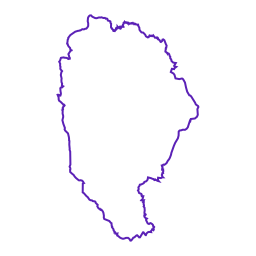 outline of Enrekang, Sulawesi Selatan, Indonesia
{"feature_id": "22746128B73854324401708", "entity_name": "Enrekang", "entity_type": "district", "adm_level": 2, "iso_a3": "IDN", "parent_name": "Indonesia", "parent_adm1": "Sulawesi Selatan", "projection": "robinson", "projection_center": [119.876, -3.532], "detail": "fine", "context": "isolated", "style": "outline", "palette": "violet", "viewbox_px": 256, "rotation_deg": 0, "n_neighbors": 0, "source": "geoboundaries", "source_scale": "gbopen_adm2", "svg_char_len": 5710}
<svg xmlns="http://www.w3.org/2000/svg" viewBox="0 0 256 256"><path d="M176.2,66.9L174.6,66.5L174.1,65.9L175.8,63.0L173.2,62.6L171.5,61.0L171.2,59.4L170.3,58.4L170.2,57.7L170.3,56.8L169.7,56.0L169.2,54.3L168.8,53.7L168.1,53.6L167.8,53.3L167.6,53.6L167.4,52.9L166.7,52.8L166.2,52.1L165.4,51.6L165.6,49.8L165.9,49.1L165.7,48.3L165.9,47.7L166.3,47.6L166.6,45.5L166.0,44.5L164.4,40.3L163.3,39.4L162.5,39.6L162.1,41.0L160.9,42.0L160.6,41.9L159.6,40.2L159.0,39.7L158.2,39.4L157.8,38.6L158.0,38.3L157.8,37.9L157.3,37.9L157.1,37.5L156.8,37.6L156.8,38.0L156.4,37.6L156.1,37.8L155.4,37.6L155.0,37.7L153.2,35.3L152.5,36.1L151.6,35.7L151.3,36.0L150.8,35.7L150.4,36.0L149.5,35.5L148.7,37.1L148.1,37.1L147.8,37.4L147.4,37.2L145.9,36.3L145.2,34.7L143.2,32.6L141.5,32.4L140.4,31.1L139.5,29.8L139.3,27.6L138.5,26.3L138.1,24.7L137.4,24.9L136.8,24.4L135.8,24.4L135.4,23.9L134.4,24.2L134.3,23.7L133.8,23.9L132.9,22.9L132.2,23.5L132.0,23.1L131.7,23.0L130.7,23.3L130.5,23.6L129.8,23.5L129.2,23.9L129.2,23.4L128.8,23.0L128.4,22.9L128.0,23.2L127.7,22.5L127.4,22.6L127.3,23.2L126.5,22.7L126.0,22.8L125.8,22.2L124.8,22.4L124.5,21.9L124.2,22.4L123.6,22.9L123.8,23.5L122.9,24.7L122.9,25.3L122.6,25.7L123.2,26.1L123.5,26.8L123.1,26.9L122.6,26.5L120.8,26.7L121.2,27.7L120.6,28.6L120.1,28.3L119.8,27.4L119.3,28.1L118.6,27.5L118.5,27.1L117.8,27.1L117.5,26.7L117.5,27.4L117.8,27.7L118.2,27.5L118.0,27.9L117.5,28.2L117.2,27.6L117.0,27.9L117.1,28.6L116.7,28.7L116.7,28.0L116.3,27.9L115.9,28.4L116.0,29.7L115.3,29.9L114.8,31.1L113.8,31.0L113.8,30.3L113.4,30.3L113.5,30.0L112.6,29.4L112.0,28.4L111.7,28.5L111.0,27.2L111.1,23.6L110.4,22.8L110.4,21.5L109.9,21.1L107.8,20.5L107.4,19.0L107.1,18.7L106.3,18.5L105.8,18.7L104.9,17.9L103.5,18.0L101.3,17.3L100.1,17.6L99.1,17.4L96.7,18.2L95.2,18.1L92.3,16.7L91.1,15.4L90.7,15.4L90.0,15.4L89.3,15.9L88.7,16.5L88.0,17.9L87.7,21.2L88.2,23.2L88.2,25.9L87.6,27.1L86.4,28.6L85.1,28.8L83.9,29.4L82.6,29.2L81.9,29.4L80.5,30.4L79.8,30.4L78.9,30.8L78.1,30.8L75.2,31.7L70.3,35.1L68.2,37.9L68.3,38.7L67.7,39.7L67.5,41.8L67.1,43.7L67.8,44.2L67.9,45.1L68.6,46.4L70.1,48.0L70.6,50.7L72.5,50.0L70.5,50.8L68.4,54.1L69.0,55.8L69.2,57.0L69.8,57.9L69.8,58.7L68.3,59.0L66.9,57.9L64.2,57.7L63.8,57.4L61.5,57.7L60.9,57.9L60.0,60.7L59.2,61.7L60.2,63.7L60.1,65.2L60.2,66.2L60.5,66.8L60.3,68.4L60.5,69.3L62.1,71.1L61.4,72.1L60.8,75.0L61.6,78.4L61.4,80.1L61.5,82.1L62.1,83.6L61.9,85.6L62.2,86.3L62.8,86.1L63.2,86.3L62.1,87.4L60.7,87.6L60.3,88.3L60.5,91.2L60.9,93.3L60.8,94.4L60.4,95.6L59.8,95.6L59.1,95.0L58.0,94.7L57.6,94.8L58.6,97.3L58.7,99.6L59.1,100.7L60.6,101.8L63.1,104.3L64.0,104.6L64.6,105.4L64.2,106.0L63.3,106.4L63.3,107.1L62.6,108.1L63.1,109.1L62.8,109.9L62.4,110.1L62.7,110.4L62.6,113.7L63.1,115.4L63.2,117.0L62.4,120.2L63.4,124.0L64.9,128.0L64.6,129.4L65.2,130.6L68.0,133.4L68.9,137.2L69.1,139.2L69.0,140.2L69.4,140.9L69.3,144.6L69.7,148.9L69.6,149.8L70.2,151.5L70.4,164.6L69.6,166.7L70.3,168.1L70.4,169.2L70.1,169.6L70.2,172.0L72.3,173.9L73.6,174.9L74.7,176.6L76.1,178.1L78.8,180.3L79.9,180.4L80.6,180.2L81.6,180.5L82.2,180.7L83.2,181.8L83.5,182.7L83.9,183.1L82.8,183.6L82.7,192.4L83.9,193.2L86.6,196.3L87.6,197.0L89.4,199.6L90.5,200.2L92.0,200.4L92.8,201.1L94.9,201.4L95.4,201.8L95.7,202.9L97.7,204.9L97.3,206.3L98.5,208.3L99.4,208.9L99.9,208.8L100.2,209.3L100.6,209.4L100.5,209.8L100.9,210.0L101.6,209.9L102.8,211.4L103.4,212.8L103.9,215.7L103.8,217.6L104.3,219.0L109.3,221.0L110.8,222.8L111.5,223.2L111.7,225.9L112.2,226.5L112.0,227.2L113.5,229.3L113.6,230.5L114.6,231.7L114.5,232.5L115.2,232.5L115.4,233.6L117.3,233.5L116.9,234.3L117.4,234.8L117.2,235.5L118.4,236.2L120.0,237.6L121.4,238.3L123.0,238.8L124.7,238.4L125.9,237.9L128.1,237.9L129.4,238.9L130.4,240.6L131.0,240.6L132.0,239.6L133.3,237.7L134.4,237.3L136.5,235.4L137.3,235.3L139.2,237.4L140.0,237.3L143.0,232.3L143.5,232.3L144.9,234.4L145.6,235.1L145.9,235.1L146.5,233.5L147.8,232.3L148.9,231.9L151.1,232.1L150.8,231.3L151.7,230.3L152.2,229.3L152.9,229.6L153.5,230.1L153.6,229.9L153.8,229.3L153.5,228.9L153.4,227.8L154.0,227.4L154.2,227.0L153.9,226.6L153.2,226.2L152.9,224.9L152.2,224.1L150.8,223.2L150.3,223.1L149.0,224.0L147.7,223.4L146.1,220.2L146.1,219.5L146.9,218.6L145.6,218.1L144.4,216.7L144.3,215.4L145.3,215.2L145.7,214.6L145.4,214.1L144.7,213.8L144.4,213.0L144.7,210.2L144.5,207.6L143.6,206.5L144.0,205.7L144.0,205.1L143.6,204.1L143.7,203.0L143.1,202.3L143.8,201.8L143.6,200.9L143.8,200.4L143.0,200.6L141.3,200.3L141.5,200.0L142.5,199.4L143.3,196.2L142.7,196.2L142.1,196.5L141.8,196.3L141.5,195.4L141.7,194.6L141.3,193.9L139.1,193.0L138.3,190.7L138.0,190.5L138.7,189.1L138.4,187.3L139.5,185.8L139.8,184.7L140.2,184.5L141.1,184.5L143.2,183.5L143.8,183.1L144.4,181.9L146.0,181.4L147.0,180.5L147.6,179.6L148.0,177.4L151.1,178.2L152.4,178.8L153.6,179.1L154.4,180.1L155.0,180.0L155.3,179.5L157.4,180.8L158.8,181.2L157.9,180.1L158.1,177.7L160.9,178.1L162.3,177.3L163.0,177.3L162.2,176.5L162.1,175.4L161.8,175.0L162.0,174.3L162.2,174.2L162.4,173.1L163.1,173.0L162.9,172.1L163.2,171.7L163.3,170.7L163.0,170.3L163.1,169.7L162.1,169.7L162.2,168.6L162.6,168.1L162.3,167.2L162.5,166.9L162.1,166.5L161.8,165.5L162.4,165.4L163.4,164.6L164.4,164.8L166.5,163.2L167.8,160.8L169.1,159.2L169.9,157.7L171.0,154.8L171.4,152.8L173.9,145.8L175.2,142.8L177.9,138.3L178.6,135.5L178.7,131.6L179.3,130.8L179.9,130.4L180.9,130.4L182.9,129.7L185.0,129.8L186.6,128.8L187.8,127.3L189.7,121.4L189.9,120.8L190.3,121.1L190.8,119.0L194.9,118.5L197.0,116.7L197.8,114.8L197.4,109.1L198.4,107.0L198.1,106.1L195.8,104.4L195.1,102.7L191.3,96.6L190.4,95.6L189.3,95.3L187.2,91.7L186.0,87.4L185.0,82.6L183.7,80.2L182.7,78.8L182.0,78.5L179.3,79.1L175.5,78.4L174.5,74.9L173.5,73.5L170.8,72.0L171.9,68.8L174.1,69.1L174.3,68.4L176.2,66.9Z" fill="none" stroke="#5b21b6" stroke-width="2"/></svg>